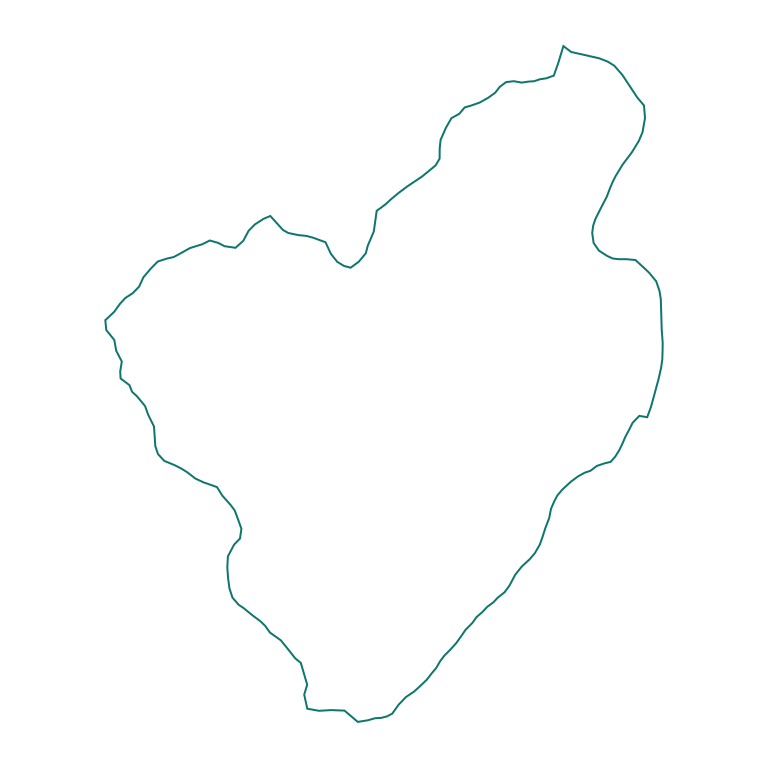 Arealva, São Paulo, Brazil (Natural Earth projection)
{"feature_id": "56859067B4619335794739", "entity_name": "Arealva", "entity_type": "district", "adm_level": 2, "iso_a3": "BRA", "parent_name": "Brazil", "parent_adm1": "São Paulo", "projection": "natural_earth1", "projection_center": [-48.98, -22.076], "detail": "fine", "context": "isolated", "style": "outline", "palette": "teal", "viewbox_px": 768, "rotation_deg": 0, "n_neighbors": 0, "source": "geoboundaries", "source_scale": "gbopen_adm2", "svg_char_len": 2640}
<svg xmlns="http://www.w3.org/2000/svg" viewBox="0 0 768 768"><path d="M635.4,260.0L626.4,259.2L618.6,259.2L612.7,258.5L607.1,255.9L599.0,250.7L593.6,242.9L592.2,233.0L593.2,225.6L595.4,219.0L602.5,204.9L606.8,196.7L609.7,189.0L612.4,182.5L615.6,176.1L622.6,164.6L632.0,152.1L638.8,141.0L642.5,132.3L645.0,118.2L644.0,105.5L637.2,97.4L622.4,75.0L614.4,65.8L607.7,61.6L599.2,58.3L571.2,52.0L563.4,46.1L558.2,63.2L553.8,75.6L546.3,78.3L539.8,79.3L534.2,81.2L528.4,81.6L521.6,82.6L513.8,81.2L506.1,82.1L499.8,86.8L495.2,92.7L488.3,97.7L479.6,102.6L471.0,105.6L464.7,107.4L459.4,113.7L451.4,118.2L445.9,127.8L440.6,139.9L439.7,148.4L439.6,158.7L435.6,165.4L422.2,176.4L407.3,186.4L398.4,193.1L391.3,199.0L385.3,204.5L376.7,210.8L373.8,231.5L367.7,245.9L365.8,253.3L358.7,261.8L350.6,267.7L343.9,265.9L337.2,261.8L330.8,253.7L325.5,242.2L319.3,240.0L313.1,237.7L306.3,235.9L298.4,235.1L288.3,233.0L283.0,230.0L270.3,216.0L263.4,218.9L254.8,224.5L248.6,230.8L243.3,240.8L235.5,247.8L224.5,246.2L218.2,242.9L209.8,240.5L202.1,244.3L189.9,248.1L180.1,253.6L173.8,257.0L166.5,258.7L157.8,261.5L150.6,268.8L143.4,277.3L139.2,286.5L132.6,293.3L125.4,297.9L119.9,303.9L114.3,311.7L105.3,320.2L106.3,330.1L114.3,340.0L116.2,350.7L121.8,361.5L120.2,371.5L120.6,378.5L129.5,385.2L132.0,391.7L137.0,396.3L145.1,406.1L148.1,414.6L154.0,426.5L155.3,446.1L158.0,454.1L164.3,460.9L174.7,465.2L181.2,468.5L187.3,472.3L195.3,478.5L203.4,482.3L217.0,487.1L222.3,495.6L230.7,505.1L234.7,510.4L237.8,518.7L241.4,528.8L240.0,538.5L234.1,544.6L227.9,556.4L227.3,567.5L228.1,578.2L229.4,588.2L232.5,597.7L238.7,604.8L243.6,608.1L252.3,615.2L260.7,621.5L265.1,625.8L270.0,632.6L280.8,640.3L288.9,650.3L295.2,658.3L300.8,662.9L307.2,684.7L304.2,694.6L307.3,708.7L319.0,710.8L331.1,710.1L344.5,710.6L357.8,721.9L367.7,720.3L375.2,718.2L381.0,717.9L386.7,716.5L392.2,713.7L398.6,704.7L406.1,696.9L413.9,691.7L420.1,686.1L426.7,679.8L431.9,673.1L436.2,668.0L440.2,661.1L444.7,655.2L450.2,649.8L456.4,642.9L461.6,635.6L465.4,630.0L472.4,622.9L476.6,617.0L482.1,612.3L487.4,606.7L493.4,602.3L497.7,597.7L504.5,592.3L509.4,585.7L515.3,574.6L521.9,566.4L529.6,559.3L534.9,553.1L539.9,544.4L542.7,536.4L545.4,528.0L549.2,518.0L551.0,508.8L554.4,501.0L557.4,495.4L562.4,489.5L571.1,481.5L578.2,476.3L584.7,472.7L590.4,470.8L596.9,465.9L604.7,463.3L610.6,461.9L615.2,456.7L619.3,450.1L622.5,443.5L625.3,436.9L629.1,429.8L632.6,422.8L639.3,415.9L647.2,417.2L650.8,407.4L653.0,399.6L658.7,378.5L661.1,367.8L662.3,359.3L662.6,350.1L662.7,343.1L661.7,329.0L660.8,299.2L659.5,291.0L656.2,281.3L649.0,272.6L643.5,267.4L635.4,260.0Z" fill="none" stroke="#0f766e" stroke-width="2"/></svg>